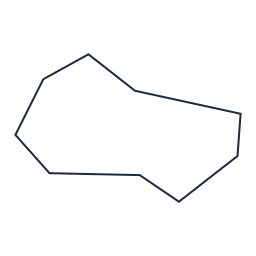 an SVG outline of Gżira
{"feature_id": "MLT-5938", "entity_name": "Gżira", "entity_type": "state/province", "adm_level": 1, "iso_a3": "MLT", "parent_name": "Malta", "parent_adm1": "", "projection": "mercator", "projection_center": [14.498, 35.901], "detail": "fine", "context": "isolated", "style": "outline", "palette": "slate", "viewbox_px": 256, "rotation_deg": 0, "n_neighbors": 0, "source": "natural_earth", "source_scale": "10m", "svg_char_len": 240}
<svg xmlns="http://www.w3.org/2000/svg" viewBox="0 0 256 256"><path d="M237.5,156.0L178.9,201.7L139.7,175.1L49.5,173.2L15.4,134.9L43.3,79.2L88.4,54.3L135.0,90.8L240.6,113.8L237.5,156.0Z" fill="none" stroke="#1e293b" stroke-width="2"/></svg>